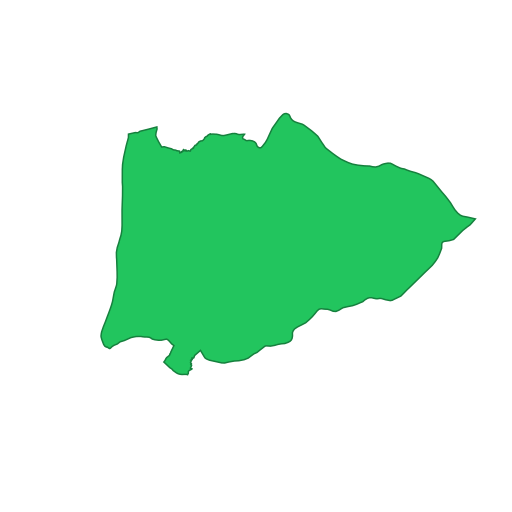 Sabaneta, Antioquia, Colombia, rotated 300°
{"feature_id": "7082276B45005796223132", "entity_name": "Sabaneta", "entity_type": "district", "adm_level": 2, "iso_a3": "COL", "parent_name": "Colombia", "parent_adm1": "Antioquia", "projection": "albers", "projection_center": [-75.61, 6.138], "detail": "fine", "context": "isolated", "style": "filled", "palette": "green", "viewbox_px": 512, "rotation_deg": 300, "n_neighbors": 0, "source": "geoboundaries", "source_scale": "gbopen_adm2", "svg_char_len": 6080}
<svg xmlns="http://www.w3.org/2000/svg" viewBox="0 0 512 512"><g transform="rotate(300 256 256)"><path d="M297.8,84.6L294.8,86.3L291.9,87.1L290.6,87.4L286.5,88.5L275.4,92.0L270.8,93.8L268.3,94.8L266.2,95.9L264.4,96.8L252.9,103.4L249.5,105.7L241.4,110.3L229.2,116.8L215.6,124.7L211.7,126.7L210.2,127.4L206.5,128.7L202.5,129.6L199.2,130.5L194.0,131.6L189.3,133.3L185.0,135.9L183.6,136.9L172.9,143.6L168.0,146.5L162.8,149.1L162.3,149.3L161.1,149.8L156.0,150.9L154.3,151.2L151.3,152.2L146.3,154.0L144.5,154.6L142.5,155.1L141.3,155.4L137.3,156.2L132.7,157.0L130.0,157.4L123.5,158.5L118.5,159.2L114.9,159.9L113.3,160.2L111.5,160.8L109.4,161.7L108.5,162.3L106.6,164.2L104.7,166.5L103.3,168.2L103.0,168.7L102.8,169.2L102.3,170.3L102.3,171.9L102.4,172.2L102.7,172.4L102.7,172.7L102.6,174.9L102.7,175.6L103.3,176.0L105.5,176.6L107.7,177.7L110.5,179.9L113.7,181.2L116.9,184.2L120.6,186.9L122.7,188.4L124.4,190.2L126.3,192.4L127.1,193.7L128.8,196.6L129.3,198.0L130.3,200.3L131.3,202.0L132.2,204.0L132.4,205.5L132.2,207.7L132.9,210.3L134.3,213.7L135.8,216.2L138.2,218.8L139.3,220.1L139.4,221.3L139.0,223.2L137.7,227.0L137.4,229.7L132.5,230.1L132.3,230.0L132.1,230.1L131.3,230.2L130.5,230.2L129.7,230.4L129.4,230.5L129.0,230.5L127.9,230.4L127.7,230.5L127.8,230.6L127.5,230.7L127.4,230.6L127.2,230.6L126.8,230.7L126.6,230.7L125.8,230.4L123.5,229.5L123.4,229.4L122.7,229.4L122.4,229.3L122.0,229.3L121.2,229.4L120.6,229.4L119.4,229.4L119.0,229.3L118.6,229.3L118.1,229.2L117.0,233.8L116.2,237.2L116.1,239.3L115.9,240.3L115.7,240.8L115.4,241.4L115.0,245.6L115.1,247.4L115.4,248.7L115.9,250.1L116.4,251.2L117.7,253.2L118.7,255.0L119.0,256.1L119.7,256.0L120.3,256.1L120.7,256.0L121.8,255.3L122.2,255.2L122.7,255.2L123.7,255.6L125.8,256.9L126.1,257.0L126.3,256.9L125.8,255.9L126.0,255.4L126.1,255.2L127.3,255.2L129.1,254.9L129.3,254.8L129.4,254.6L129.4,254.4L129.4,253.7L129.5,253.6L130.5,253.8L130.9,252.6L132.2,252.4L132.9,252.4L133.2,252.3L133.3,252.1L133.3,251.9L133.3,251.7L134.1,252.1L134.2,252.4L134.4,252.5L134.5,252.4L134.6,252.2L135.2,251.7L135.7,251.6L135.8,252.5L136.3,252.6L136.5,252.9L136.6,253.0L137.0,253.0L137.8,252.9L138.0,252.8L138.3,252.7L138.9,252.7L139.2,252.6L146.5,255.1L144.2,259.2L142.9,261.5L142.2,263.0L142.1,264.6L142.5,267.8L146.3,279.8L147.7,282.4L150.5,285.3L154.2,289.7L156.8,293.6L160.3,297.6L163.7,300.3L166.1,301.3L170.2,303.1L173.0,305.1L176.4,306.4L182.3,308.8L183.2,309.6L185.2,313.6L187.9,316.8L190.4,319.2L192.6,321.8L194.6,324.7L197.2,326.9L199.1,328.1L201.0,328.6L202.8,328.4L205.0,327.6L207.8,325.9L209.8,325.6L212.0,325.8L215.3,327.4L223.0,332.4L227.7,334.0L231.6,335.1L235.9,335.9L239.1,336.4L241.4,337.2L242.9,338.8L244.3,342.0L245.7,344.7L246.3,347.2L246.7,350.4L247.9,352.9L250.5,354.9L252.8,356.1L254.7,357.2L258.0,360.7L261.3,364.5L264.5,367.3L267.9,369.8L269.8,371.3L272.2,372.1L275.1,373.7L276.5,375.0L277.7,377.0L278.3,379.1L279.1,381.5L279.9,382.8L281.3,384.5L282.0,386.2L282.9,390.0L284.5,394.6L285.8,396.1L287.8,397.4L289.5,398.6L292.9,400.9L293.8,401.5L297.5,402.5L302.3,403.7L307.7,405.3L325.7,410.3L334.7,412.9L336.1,413.3L340.8,414.0L345.2,414.3L349.3,413.9L351.9,413.5L355.5,412.9L359.2,410.9L360.2,410.6L360.9,410.6L361.7,410.9L362.7,411.6L364.4,413.8L366.0,415.8L369.2,418.9L381.6,422.3L386.7,424.3L390.0,425.8L393.3,426.5L397.8,427.4L395.4,419.6L393.8,415.1L393.5,412.5L394.0,409.2L395.5,405.0L397.2,401.7L399.4,397.7L402.4,390.5L404.3,385.0L405.9,380.8L407.9,375.6L409.3,371.9L409.7,369.2L409.7,366.8L408.9,359.6L408.5,355.8L407.9,352.4L406.6,347.5L405.8,343.2L405.6,341.2L404.6,338.4L404.2,336.5L403.8,332.2L403.7,327.9L403.5,325.9L402.3,323.7L400.7,321.8L399.3,320.3L398.1,319.3L395.2,317.5L392.8,315.0L391.6,312.4L390.7,309.4L388.3,304.9L385.6,298.8L383.8,293.6L383.0,289.2L382.6,285.0L382.3,281.1L382.6,276.3L383.1,271.3L384.2,263.4L384.6,261.6L386.0,258.8L387.1,256.4L389.4,252.0L390.6,249.6L391.4,245.9L392.2,241.6L393.3,232.3L393.3,230.3L392.8,228.1L392.3,226.0L391.7,223.0L391.6,220.8L392.0,218.9L392.8,217.0L394.1,215.3L394.8,214.1L394.9,212.9L394.5,210.9L393.8,209.9L392.9,209.1L391.9,208.6L390.8,208.3L387.1,207.4L380.3,206.8L376.2,206.4L374.4,206.3L373.3,206.4L366.8,207.0L362.9,207.4L359.1,207.4L354.1,206.7L352.4,206.2L351.5,205.2L351.3,203.9L351.5,202.5L352.1,201.5L353.3,200.1L353.9,198.8L354.1,197.4L353.9,195.4L353.1,193.1L352.5,192.0L351.3,190.4L351.0,189.3L351.0,189.2L351.2,188.2L351.1,187.2L350.9,186.5L351.1,185.9L351.9,185.1L352.8,184.8L354.2,185.0L355.7,185.2L355.5,184.7L352.9,181.0L352.3,179.5L352.0,177.7L351.5,176.4L350.2,174.3L346.1,170.0L344.2,167.9L343.2,166.0L342.2,162.3L341.6,160.7L341.1,159.8L340.0,157.6L339.2,156.4L338.7,155.9L339.0,155.5L338.8,155.3L338.5,155.0L337.9,154.7L337.1,154.2L336.1,153.8L335.8,153.8L335.4,153.7L335.0,153.6L334.7,153.4L334.5,153.1L334.1,152.9L333.6,152.7L333.1,152.5L332.7,152.4L332.3,152.6L332.1,152.7L331.9,152.7L331.0,152.5L330.1,152.4L329.6,152.2L329.4,152.1L328.9,151.8L328.7,151.7L328.2,150.8L328.0,150.6L327.4,150.4L327.1,149.9L326.1,149.4L324.5,149.3L324.3,149.2L324.2,149.1L323.7,148.9L323.4,148.8L323.1,149.0L322.8,149.0L322.4,149.0L322.2,148.8L321.9,148.3L321.7,148.1L321.3,147.9L320.6,147.8L319.9,147.8L318.8,147.6L318.1,147.4L317.9,147.8L317.4,147.5L316.5,146.8L315.8,146.5L315.3,146.4L314.2,146.7L313.8,146.5L313.7,146.1L313.6,145.2L313.5,144.9L312.9,144.3L312.4,143.9L312.2,143.7L312.5,143.1L312.7,142.6L312.7,142.4L312.4,141.7L312.2,141.5L311.7,141.8L311.7,141.7L311.8,141.6L311.9,141.4L311.8,141.2L311.7,141.4L311.6,141.2L311.4,141.3L311.3,141.2L311.3,140.8L311.9,140.3L311.9,140.0L310.7,140.0L310.5,140.3L310.3,140.3L310.3,140.1L310.0,140.0L309.2,139.3L308.7,139.8L307.7,138.9L307.4,138.7L307.2,138.5L307.8,138.0L308.4,137.5L308.6,137.3L307.5,134.5L307.6,133.7L306.6,131.3L306.6,129.2L305.7,126.0L304.8,122.0L303.9,120.7L303.6,120.4L303.2,120.1L303.6,119.1L306.3,114.4L308.7,110.8L309.5,109.7L310.0,109.1L310.6,108.7L311.6,108.3L312.7,107.8L314.9,107.2L316.5,106.8L317.9,105.8L318.2,105.6L312.4,99.8L307.2,94.4L306.1,93.2L305.0,92.7L304.2,92.4L303.7,92.0L303.3,91.4L302.6,89.8L297.8,84.6Z" fill="#22c55e" stroke="#15803d" stroke-width="1.5"/></g></svg>